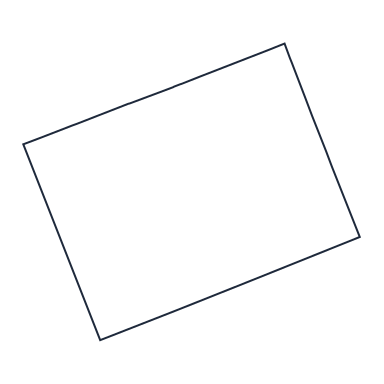 Steuben, Indiana, United States of America (Natural Earth projection), rotated 339°
{"feature_id": "52423323B27504102629323", "entity_name": "Steuben", "entity_type": "district", "adm_level": 2, "iso_a3": "USA", "parent_name": "United States of America", "parent_adm1": "Indiana", "projection": "natural_earth1", "projection_center": [-84.924, 41.643], "detail": "fine", "context": "isolated", "style": "outline", "palette": "slate", "viewbox_px": 384, "rotation_deg": 339, "n_neighbors": 0, "source": "geoboundaries", "source_scale": "gbopen_adm2", "svg_char_len": 509}
<svg xmlns="http://www.w3.org/2000/svg" viewBox="0 0 384 384"><g transform="rotate(339 192 192)"><path d="M331.5,144.4L331.5,134.1L331.5,122.4L331.5,111.2L331.5,107.0L331.4,102.0L331.6,86.6L322.3,86.7L317.8,86.8L240.9,87.1L220.5,87.3L220.0,87.2L212.9,87.2L212.0,87.4L165.4,87.0L164.2,86.8L108.5,87.1L104.3,87.0L69.1,87.1L51.6,87.0L53.2,297.4L134.5,296.9L215.0,295.9L332.5,294.1L331.7,219.3L331.7,216.2L331.8,202.7L331.8,201.9L331.4,163.8L331.5,144.4Z" fill="none" stroke="#1e293b" stroke-width="2"/></g></svg>